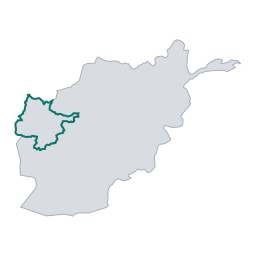 location of Hirat within Afghanistan
{"feature_id": "AFG-1742", "entity_name": "Hirat", "entity_type": "Province", "adm_level": 1, "iso_a3": "AFG", "parent_name": "Afghanistan", "parent_adm1": "", "projection": "natural_earth1", "projection_center": [62.522, 34.206], "detail": "fine", "context": "in_parent", "style": "outline", "palette": "teal", "viewbox_px": 256, "rotation_deg": 0, "n_neighbors": 0, "source": "natural_earth", "source_scale": "10m", "svg_char_len": 8342}
<svg xmlns="http://www.w3.org/2000/svg" viewBox="0 0 256 256"><path d="M109.2,61.4L114.7,60.9L118.5,61.6L120.5,63.5L122.5,64.0L124.3,63.1L125.5,62.9L126.0,63.5L126.9,63.8L128.4,63.7L129.2,64.2L129.4,65.4L130.5,66.8L132.5,68.6L134.2,69.1L136.5,67.7L137.2,67.8L137.6,67.4L137.8,66.4L139.1,65.4L141.6,64.5L143.0,63.7L143.5,63.1L144.3,62.9L145.3,63.1L145.9,62.8L146.4,61.9L147.3,61.6L148.0,61.8L151.5,65.0L152.9,66.0L153.5,65.8L155.2,64.0L155.4,62.4L154.8,60.3L155.1,58.6L156.2,57.3L158.3,56.5L161.3,56.2L163.2,56.4L163.9,57.1L164.8,57.5L166.0,57.5L167.1,56.8L168.0,55.2L168.0,53.2L167.1,50.9L167.3,50.1L168.8,49.0L170.4,47.2L171.9,45.0L173.3,42.2L175.2,40.5L177.4,39.8L180.1,40.6L183.3,42.7L184.6,45.4L183.9,48.5L183.9,50.3L184.5,50.6L188.1,50.0L188.6,50.4L188.6,51.3L188.1,52.6L187.6,56.4L186.7,65.6L188.4,71.1L189.5,73.3L190.6,74.0L191.7,74.2L192.7,74.0L194.9,72.6L198.1,70.0L201.3,68.4L205.9,67.5L207.4,64.7L209.5,62.9L214.3,60.1L216.9,59.1L218.5,58.9L222.2,59.9L222.5,60.8L222.2,61.7L221.2,62.4L220.9,63.0L221.3,63.4L222.8,63.6L229.3,61.7L230.6,60.0L232.0,59.9L234.8,60.7L236.9,60.4L238.0,61.1L240.6,63.6L239.8,63.7L238.7,63.2L238.0,62.4L235.4,63.5L232.6,65.0L232.7,65.4L235.3,67.6L230.0,70.1L227.6,71.5L227.0,71.5L223.4,70.2L213.2,70.6L205.5,71.4L202.5,72.6L199.7,73.2L198.3,73.9L197.4,75.2L193.2,78.1L192.4,79.1L190.0,79.0L187.6,81.8L184.1,85.1L183.4,86.7L184.0,87.5L185.9,88.7L186.8,89.8L188.3,93.0L188.9,95.3L189.8,96.3L190.3,99.0L189.5,100.6L189.5,101.3L190.7,103.4L190.4,104.0L189.6,105.0L188.2,107.6L185.7,109.5L184.7,111.2L183.0,113.1L182.3,114.7L181.5,115.6L180.7,116.1L181.0,116.9L181.7,118.0L182.9,119.2L182.9,124.1L182.3,125.4L179.1,126.8L176.1,127.3L172.3,127.4L170.9,127.2L165.6,125.4L164.0,126.3L163.7,128.4L166.7,131.9L168.0,133.8L169.4,137.0L170.5,138.7L170.2,140.2L164.8,143.7L161.4,144.0L159.3,144.6L158.2,145.5L157.5,149.1L156.8,150.5L156.8,152.0L156.1,153.8L155.1,155.0L154.3,156.9L155.1,166.6L152.0,170.4L150.3,171.8L148.7,172.5L147.3,172.2L145.5,170.0L144.3,169.2L143.1,169.4L141.8,170.1L139.9,169.9L138.2,169.1L137.3,169.2L136.9,170.0L135.1,171.6L130.7,174.1L128.9,174.3L128.1,175.0L128.5,176.0L129.3,176.8L130.6,177.4L130.7,178.1L128.5,179.4L126.2,180.3L123.6,180.6L120.8,180.1L119.4,179.0L117.8,178.9L116.3,179.7L114.7,181.0L112.6,184.4L109.4,186.5L108.7,188.7L107.7,192.5L108.1,198.1L107.7,200.5L107.1,202.2L107.2,203.5L108.3,204.9L107.9,205.9L107.0,206.9L106.1,207.5L88.8,212.9L86.0,213.0L84.5,212.8L79.6,212.8L77.6,213.2L75.5,213.9L74.0,214.8L72.9,216.2L70.8,215.4L64.3,214.1L46.8,215.9L45.2,215.5L20.7,207.1L35.8,188.1L36.2,186.5L36.3,183.4L35.3,179.3L33.8,177.4L20.5,175.2L20.0,172.0L20.2,170.5L20.0,167.7L20.0,165.6L20.6,162.1L20.7,160.5L16.5,144.7L16.5,143.2L19.0,139.6L22.2,136.0L22.0,135.4L20.4,135.0L18.0,135.0L16.7,134.4L15.7,133.4L15.4,132.0L16.0,129.5L15.4,124.6L17.9,120.4L21.8,120.2L19.8,117.1L19.4,116.8L19.2,116.3L19.5,115.8L20.4,115.6L22.8,113.7L22.9,112.6L24.9,109.7L24.7,108.5L26.0,105.1L25.3,102.9L25.2,101.6L26.6,100.9L27.5,97.7L28.0,97.0L28.1,96.2L27.8,94.9L29.1,94.7L30.3,96.3L32.2,98.0L33.4,98.5L35.0,98.8L38.4,98.2L39.1,98.3L42.7,101.3L43.3,102.1L43.6,103.3L44.2,103.6L45.4,102.4L46.6,102.1L49.0,102.4L50.2,102.0L56.0,98.3L56.4,95.9L56.9,94.5L57.7,93.8L56.8,91.0L57.1,90.5L57.9,90.3L59.8,90.3L68.6,87.3L70.9,87.3L71.4,87.0L71.5,86.2L72.2,85.3L76.3,83.1L78.7,80.9L79.6,79.2L83.4,65.5L85.5,64.3L87.6,63.5L94.9,63.2L96.2,59.0L96.8,58.0L98.1,57.0L103.5,60.0L109.2,61.4Z" fill="#d9dde1" stroke="#a8b0b8" stroke-width="1"/><path d="M48.9,102.7L49.1,102.6L50.3,102.1L50.5,102.0L50.7,101.8L50.9,101.5L51.3,101.1L52.3,100.6L51.7,102.5L50.4,104.8L50.2,105.1L49.9,106.1L49.8,106.8L49.6,109.0L49.7,109.4L49.8,109.9L49.9,110.0L50.6,110.3L51.1,110.3L51.3,110.4L51.8,111.0L52.3,111.3L52.5,111.5L53.0,111.6L53.5,112.0L54.0,112.3L54.6,112.3L54.9,112.2L55.0,112.3L55.3,112.7L55.5,113.0L55.6,113.8L55.9,113.8L56.8,114.0L57.8,114.5L58.1,114.5L58.6,114.0L58.8,113.9L60.8,114.0L61.9,114.5L62.5,114.8L62.7,115.0L62.8,115.1L63.5,115.5L63.8,115.6L64.7,115.7L64.9,115.7L65.1,115.7L65.4,115.5L66.6,115.9L67.0,116.2L67.4,116.4L67.5,116.5L67.8,116.5L71.1,115.5L72.1,114.6L72.3,114.5L72.6,114.5L72.8,114.4L73.0,113.9L73.2,113.6L73.6,113.4L74.0,113.2L75.7,113.2L76.1,113.3L76.5,113.4L76.6,113.5L78.4,113.3L78.1,115.0L78.1,115.5L78.2,115.8L78.4,116.4L78.5,116.7L78.5,116.8L78.4,116.9L78.1,116.9L77.8,116.9L77.7,116.8L77.6,116.6L77.4,116.3L76.8,116.6L76.5,116.7L76.2,116.7L76.0,116.8L75.9,116.9L75.8,117.0L75.6,117.1L75.4,117.2L75.2,117.2L74.9,117.1L74.5,117.1L74.3,117.1L74.1,117.2L74.0,117.3L73.9,117.3L73.9,117.6L73.9,117.8L74.0,118.3L73.9,118.8L74.0,119.3L73.9,119.8L74.1,120.3L74.2,120.6L74.2,120.8L74.1,121.1L74.0,121.3L73.9,121.3L73.7,121.4L73.3,121.5L73.0,121.8L72.8,122.0L72.6,122.0L72.3,122.0L72.0,122.1L71.9,122.0L71.0,121.6L70.9,121.8L70.7,122.0L68.5,122.1L68.3,122.0L68.0,121.8L67.8,121.6L67.5,121.4L67.1,121.2L66.8,121.2L65.5,121.1L62.9,121.2L62.6,122.3L62.2,123.1L61.3,124.5L61.2,124.8L61.2,125.0L61.9,126.1L62.0,126.3L62.1,126.7L62.2,126.9L62.8,127.4L63.1,127.8L63.3,128.1L63.4,128.4L63.6,129.2L63.7,129.3L64.2,129.8L64.3,130.1L64.3,130.4L64.1,130.5L63.8,130.7L63.3,130.7L63.2,130.8L63.0,131.1L63.3,131.9L63.3,132.2L63.0,132.8L62.7,133.0L62.2,133.2L60.7,133.3L58.9,133.8L58.7,133.9L58.6,134.1L58.3,134.3L58.1,134.4L57.8,134.5L57.2,134.8L56.5,135.3L56.3,135.5L56.3,135.8L56.5,136.1L56.6,136.3L56.6,136.5L56.6,136.9L56.7,137.1L57.0,137.6L57.1,137.9L57.2,138.2L57.2,138.6L57.3,139.3L57.4,139.6L57.1,139.9L56.7,140.0L56.5,140.4L56.3,140.8L56.0,141.5L55.9,141.9L55.9,142.1L55.8,142.4L55.4,142.9L54.0,143.4L53.9,143.4L53.8,143.2L53.8,142.9L53.4,143.0L52.1,143.5L51.9,143.5L51.7,143.6L51.0,143.5L50.9,143.6L50.8,143.8L50.7,144.2L50.6,144.3L50.4,144.4L50.2,144.6L49.5,144.8L48.7,145.0L48.4,144.9L47.9,144.7L47.6,144.7L47.4,144.7L46.7,145.1L46.2,145.4L45.8,145.8L45.6,145.9L45.5,146.0L45.4,146.2L45.3,146.5L45.3,146.9L45.3,147.1L45.3,147.3L44.8,148.4L44.8,148.5L44.9,148.9L44.7,148.9L44.4,148.9L44.0,148.9L43.4,149.0L42.1,149.1L41.7,149.2L41.4,149.4L40.8,149.9L40.5,150.1L40.2,150.1L39.9,150.1L39.7,149.9L39.6,149.7L39.5,149.4L39.5,149.0L39.4,148.7L39.3,148.0L39.2,147.9L38.7,148.0L37.9,148.6L37.3,149.3L37.1,149.4L36.8,149.4L36.6,149.2L36.0,148.6L35.9,148.3L35.8,148.2L35.7,148.1L34.5,148.0L34.4,148.0L34.2,147.9L34.0,147.6L34.0,147.3L34.0,146.6L34.1,145.9L34.2,145.6L34.3,145.4L34.8,145.1L35.0,144.7L35.3,144.5L35.8,143.9L36.1,143.5L36.7,143.0L36.8,142.8L36.8,142.6L36.1,141.4L35.5,140.7L35.4,140.6L35.4,140.4L35.5,140.3L35.7,140.1L35.8,139.9L36.1,139.6L36.4,139.3L36.5,139.2L36.6,138.9L36.6,137.9L36.7,137.7L36.9,137.5L37.0,137.4L37.0,137.2L37.1,136.9L37.0,136.7L36.9,136.6L35.8,136.3L34.6,136.3L34.2,136.3L33.9,136.3L33.7,136.0L32.9,135.9L32.2,135.8L31.8,135.9L31.7,136.0L31.4,136.5L31.2,136.6L31.1,136.8L30.6,136.9L30.4,136.9L30.2,136.9L29.9,136.8L29.7,136.7L29.4,136.7L27.1,137.0L26.1,136.9L24.0,136.4L23.1,136.0L22.2,135.9L22.1,135.6L21.8,135.3L21.6,135.2L21.0,135.0L20.4,135.0L19.3,135.1L18.0,135.0L16.8,134.4L15.8,133.4L15.4,132.0L15.5,131.4L16.0,130.2L16.0,129.5L15.6,126.5L15.4,124.6L15.5,123.7L16.0,122.8L16.5,122.1L17.0,121.5L17.8,121.1L18.0,120.8L17.9,120.4L21.8,120.2L21.6,119.8L20.5,118.3L20.2,117.8L20.1,117.5L19.9,117.4L19.5,117.2L19.4,117.0L19.2,116.6L19.0,116.4L18.8,116.3L19.1,115.9L19.5,115.7L20.3,115.6L20.7,115.5L21.0,115.3L21.7,114.5L21.8,114.3L21.9,114.2L22.1,114.0L22.4,114.0L22.6,114.0L22.9,113.8L23.0,113.3L22.9,112.8L22.9,112.3L23.2,112.0L23.7,111.6L24.0,111.0L24.1,110.7L24.6,110.5L24.7,109.9L24.8,109.2L24.7,108.5L24.8,108.2L25.0,107.9L25.0,107.7L25.1,107.3L25.3,106.6L25.4,105.8L25.5,105.5L25.9,105.0L25.8,104.8L25.7,104.6L25.8,104.2L25.2,103.4L25.1,103.2L25.4,103.0L25.4,102.8L25.3,102.6L25.2,102.6L25.2,101.9L25.3,101.5L25.6,101.3L25.9,101.3L26.3,101.3L26.6,101.1L26.7,100.8L26.6,99.8L26.7,99.4L26.8,99.1L27.1,98.7L27.4,97.9L27.5,97.5L27.9,97.1L28.1,96.7L28.2,96.3L28.2,95.9L28.0,95.1L27.9,94.9L28.1,94.8L28.9,94.7L29.1,94.7L29.3,94.9L29.2,95.1L29.4,95.3L29.7,95.5L29.6,95.8L29.8,96.2L30.0,96.2L30.1,96.3L30.4,96.4L31.4,97.3L32.1,98.1L33.1,98.6L35.3,98.9L36.2,98.8L38.1,98.2L39.0,98.2L39.5,98.4L39.9,98.7L41.5,100.3L41.9,100.6L42.8,101.0L43.0,101.2L43.2,101.5L43.3,101.9L43.3,102.2L43.3,103.0L43.4,103.3L43.7,104.0L43.9,104.2L44.1,104.1L45.6,102.0L46.1,101.5L46.6,101.5L47.6,102.4L47.8,102.5L48.3,102.5L48.7,102.7L48.9,102.7Z" fill="none" stroke="#0f766e" stroke-width="2"/></svg>